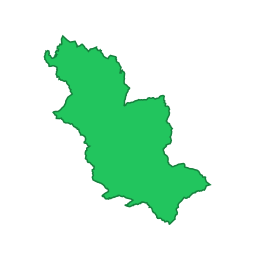 Tenango de Doria, Hidalgo, Mexico, rotated 260°
{"feature_id": "50627088B36443984556774", "entity_name": "Tenango de Doria", "entity_type": "district", "adm_level": 2, "iso_a3": "MEX", "parent_name": "Mexico", "parent_adm1": "Hidalgo", "projection": "albers", "projection_center": [-98.207, 20.337], "detail": "fine", "context": "isolated", "style": "filled", "palette": "green", "viewbox_px": 256, "rotation_deg": 260, "n_neighbors": 0, "source": "geoboundaries", "source_scale": "gbopen_adm2", "svg_char_len": 5771}
<svg xmlns="http://www.w3.org/2000/svg" viewBox="0 0 256 256"><g transform="rotate(260 128 128)"><path d="M57.9,199.0L61.4,195.8L64.5,195.3L66.0,195.8L66.4,195.3L66.6,193.2L68.5,192.8L69.6,191.2L73.0,190.1L74.5,188.6L75.3,186.6L76.5,184.6L77.3,181.5L78.4,180.0L79.6,177.2L80.0,177.0L81.0,177.4L82.4,177.4L83.0,177.0L83.4,176.4L83.5,171.3L82.7,169.2L82.6,167.4L82.2,166.5L82.2,165.0L82.3,164.6L83.0,164.3L85.4,161.9L86.5,162.0L87.2,161.4L87.9,161.4L90.5,162.1L92.1,162.1L93.8,161.4L96.0,159.3L98.3,159.3L99.3,158.9L101.2,159.1L101.5,160.0L102.0,160.1L102.5,160.8L102.7,161.6L103.3,162.4L103.6,162.6L104.1,162.4L104.6,162.6L105.3,165.6L105.2,166.6L106.6,167.8L107.3,167.8L107.8,168.4L108.5,168.5L109.2,168.3L110.8,168.3L111.8,167.9L113.1,169.0L115.2,169.9L117.1,170.4L118.3,170.1L119.1,170.6L119.7,171.5L121.4,170.4L122.3,170.4L123.1,169.8L125.1,169.5L126.3,167.6L127.6,167.4L128.3,166.9L129.2,167.8L130.5,168.4L133.7,170.8L135.8,171.5L136.6,171.2L138.3,171.3L139.1,172.1L141.8,171.6L142.6,170.8L142.9,169.0L143.2,168.6L143.6,168.5L145.3,169.3L145.7,169.3L146.7,168.1L148.3,168.9L149.2,168.1L151.4,168.5L153.0,169.2L153.9,168.2L153.9,165.9L153.3,164.5L152.7,164.3L152.3,163.7L152.1,162.4L152.2,161.2L151.8,159.9L152.2,159.2L153.4,158.3L153.5,157.4L153.2,156.6L153.3,155.5L154.1,154.2L153.8,152.6L153.0,151.9L152.6,150.9L153.1,148.9L153.1,147.1L153.5,146.2L153.5,144.6L154.1,143.5L153.6,142.3L153.4,139.6L152.5,137.4L152.7,135.5L152.3,134.2L152.9,132.1L152.4,130.9L150.8,129.6L150.6,128.3L151.0,128.1L152.2,128.7L155.7,129.3L156.9,130.3L159.5,131.1L160.8,132.1L161.7,132.1L164.2,134.3L165.5,134.7L166.5,136.3L167.3,136.4L168.7,135.0L170.6,133.9L171.4,132.8L172.4,132.0L175.1,132.3L177.4,133.1L178.4,133.0L182.3,134.1L183.8,133.8L184.6,132.6L185.9,132.5L185.8,132.0L185.3,131.9L185.5,131.4L185.2,130.9L183.4,130.7L183.7,129.7L185.3,130.5L187.3,130.8L189.0,131.7L190.5,130.9L193.6,130.2L195.1,128.4L195.9,128.1L197.6,128.5L198.2,127.8L199.2,128.6L200.2,128.3L202.5,123.3L201.4,121.6L199.8,120.5L200.7,118.7L202.7,116.5L205.8,115.7L207.0,114.6L207.6,114.5L208.7,115.0L208.7,114.1L209.7,114.1L209.4,113.5L209.4,112.6L209.6,111.9L210.3,111.4L210.7,111.6L211.9,110.7L213.1,111.0L212.2,107.1L212.3,104.6L211.5,104.3L211.5,103.7L210.3,102.4L213.4,100.6L214.4,99.4L215.5,99.3L218.3,97.6L218.4,96.6L217.5,95.4L217.1,94.3L217.2,92.6L216.8,92.0L217.4,91.9L218.2,92.2L222.6,90.9L222.6,85.9L225.2,83.3L229.9,79.8L227.1,77.9L222.6,77.5L221.8,77.1L221.7,76.5L222.4,75.7L220.7,74.4L220.5,72.7L218.4,72.1L217.7,73.3L216.0,72.7L216.7,71.4L216.0,70.9L216.1,70.5L215.0,69.7L213.3,70.3L213.0,69.7L212.6,70.4L212.3,69.4L211.7,68.5L211.3,69.7L210.9,69.4L211.1,68.5L210.2,68.0L209.8,65.6L209.9,65.3L210.9,64.6L212.8,64.0L213.6,62.8L214.3,62.8L215.1,63.4L217.5,63.4L218.1,62.4L217.6,61.5L217.6,61.0L217.9,60.6L217.0,60.4L215.7,59.3L214.4,59.2L212.6,58.0L211.3,58.4L210.3,58.0L208.6,59.1L207.2,59.1L206.6,59.9L204.7,61.1L203.9,61.2L202.7,60.9L202.4,61.2L202.2,62.8L202.4,64.8L202.1,65.8L200.5,68.3L199.6,68.6L197.9,68.1L197.8,68.4L196.8,68.2L195.9,67.4L194.9,67.3L193.4,66.5L191.8,67.1L190.4,66.9L190.3,67.3L190.9,67.9L190.4,68.8L189.4,68.9L187.9,68.5L188.0,69.5L186.7,70.3L186.6,71.4L185.6,72.5L185.0,73.6L185.2,74.5L184.7,75.2L183.9,75.6L183.2,75.4L181.5,76.1L180.0,77.3L179.2,77.4L178.1,77.0L175.8,77.9L175.7,78.3L174.3,77.6L171.8,78.8L171.0,78.8L168.7,74.1L165.4,71.5L163.4,70.9L160.3,68.5L159.5,66.9L157.7,64.7L156.4,62.1L156.9,59.1L156.8,57.7L156.4,57.0L154.1,58.3L153.5,58.4L153.0,59.5L152.5,59.8L149.9,59.1L149.1,62.3L149.2,64.1L148.2,64.2L147.6,65.1L144.6,66.1L144.2,67.2L143.9,67.4L143.4,70.1L141.8,72.0L142.0,73.2L141.7,73.7L138.9,74.9L138.4,75.9L137.6,76.3L137.0,77.7L136.2,77.6L135.5,78.1L135.3,79.2L132.3,79.5L130.6,80.3L129.4,80.1L129.0,82.0L127.0,84.1L124.4,84.5L123.8,84.0L122.5,83.7L121.8,82.4L121.0,82.3L120.5,83.0L120.1,84.5L117.4,85.6L117.1,85.9L116.7,87.0L115.8,85.3L115.6,84.2L115.0,83.8L113.2,83.6L112.8,82.4L111.2,81.7L109.5,81.4L107.9,82.1L107.4,81.6L105.2,80.8L104.6,81.3L104.4,81.9L102.6,82.4L101.9,82.2L101.1,82.7L100.9,83.8L100.3,84.8L98.7,85.6L97.8,86.5L96.8,86.8L96.5,87.7L96.0,87.7L95.6,88.0L94.1,87.3L93.4,87.3L93.1,85.6L91.4,85.3L90.3,85.9L89.2,85.2L87.5,85.7L85.8,84.3L83.0,84.6L81.0,87.2L80.8,87.9L80.1,88.3L79.5,90.0L79.1,90.2L78.4,91.7L76.9,93.3L75.4,94.5L73.0,95.4L71.8,96.6L72.0,97.2L70.5,97.9L68.8,97.6L67.7,94.3L66.0,91.0L65.2,90.9L64.9,91.2L64.8,92.6L63.6,92.7L63.2,93.2L62.3,93.5L61.9,94.6L61.9,95.6L61.4,96.3L61.5,97.0L62.5,97.4L62.3,97.9L61.5,98.8L62.0,99.7L62.1,101.1L62.5,101.8L62.2,102.8L62.4,102.9L62.8,105.1L62.7,106.3L63.3,106.6L63.1,107.8L61.9,109.4L61.4,110.8L61.7,111.8L59.6,113.9L57.4,118.9L56.1,120.3L54.7,117.7L54.6,116.9L53.8,116.0L53.6,114.9L52.5,114.5L52.6,112.0L52.4,111.9L51.6,113.0L50.3,115.7L50.3,116.6L51.0,118.9L50.8,119.7L51.6,120.1L51.3,121.3L51.7,122.1L51.8,122.9L51.1,123.9L51.1,124.8L51.8,126.1L51.5,127.2L52.2,127.6L52.1,128.4L52.6,128.6L52.4,129.6L52.6,129.8L51.1,132.6L51.1,133.6L49.5,133.9L49.0,134.8L48.2,134.7L47.8,135.4L47.0,135.7L46.2,135.2L46.0,136.7L45.0,137.3L44.2,137.6L41.6,137.8L41.2,138.3L40.4,138.3L39.8,139.5L38.9,139.9L36.3,141.1L35.3,140.8L34.8,141.3L34.0,141.4L33.6,142.8L33.7,143.8L33.3,144.7L32.3,145.4L31.6,145.4L31.0,146.2L31.1,146.6L30.7,147.5L29.2,147.9L29.1,149.1L29.5,149.9L28.8,151.4L27.8,151.9L26.3,151.9L26.1,152.3L29.6,157.4L30.1,158.5L31.5,158.5L33.9,159.8L34.3,160.2L34.2,160.9L34.5,161.3L36.2,161.9L38.6,161.4L39.8,161.4L40.5,162.1L41.2,163.8L43.7,163.9L45.3,165.3L47.0,168.1L49.9,171.2L48.8,172.7L48.7,173.8L49.5,175.1L49.3,176.3L50.7,177.6L51.6,179.3L52.5,180.0L52.6,182.0L52.9,182.4L52.6,183.3L53.7,184.2L53.6,184.9L54.0,186.5L53.4,187.2L53.6,188.2L53.3,189.5L53.9,190.7L53.9,191.9L53.6,192.4L55.0,193.7L57.4,195.0L57.9,199.0Z" fill="#22c55e" stroke="#15803d" stroke-width="1.5"/></g></svg>